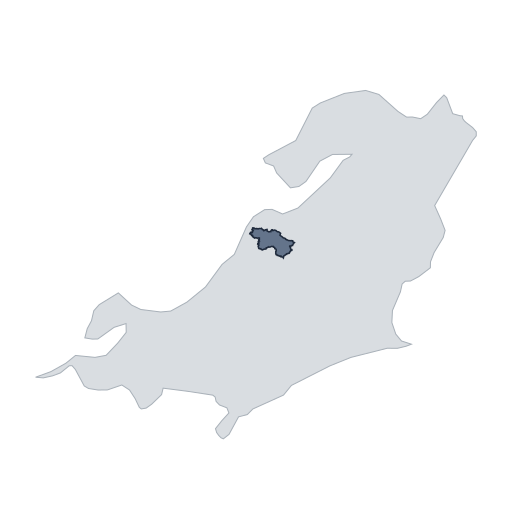 location of Puriscal, San José, Costa Rica, rotated 98°
{"feature_id": "36466004B36005628367911", "entity_name": "Puriscal", "entity_type": "district", "adm_level": 2, "iso_a3": "CRI", "parent_name": "Costa Rica", "parent_adm1": "San José", "projection": "natural_earth1", "projection_center": [-84.357, 9.734], "detail": "fine", "context": "in_parent", "style": "filled", "palette": "slate", "viewbox_px": 512, "rotation_deg": 98, "n_neighbors": 0, "source": "geoboundaries", "source_scale": "gbopen_adm2", "svg_char_len": 6979}
<svg xmlns="http://www.w3.org/2000/svg" viewBox="0 0 512 512"><g transform="rotate(98 256 256)"><path d="M441.6,262.9L440.9,265.3L439.0,267.8L436.3,270.4L432.6,272.1L423.8,266.9L415.2,261.0L410.4,263.7L408.6,271.4L405.5,275.3L401.4,276.8L399.8,279.4L399.5,305.3L399.8,329.6L406.4,330.2L417.3,338.7L421.9,343.6L423.4,348.3L422.1,350.5L414.1,355.8L406.3,362.6L402.4,370.9L409.3,384.5L410.7,393.7L410.5,403.4L408.6,408.0L393.5,419.1L390.2,422.9L390.7,425.7L399.0,433.4L403.0,440.8L406.3,449.7L406.7,457.4L399.1,443.1L388.7,429.4L379.6,420.9L378.8,401.3L375.2,390.6L361.5,380.8L349.7,373.9L341.0,375.3L346.4,386.6L360.2,401.1L361.1,406.6L360.9,414.1L351.4,413.0L343.0,409.9L332.8,409.0L326.0,404.5L311.7,387.2L321.9,372.4L325.0,362.7L324.7,342.6L322.4,332.8L311.3,318.0L293.7,301.7L269.0,288.4L257.4,277.7L228.5,269.5L217.5,264.0L208.9,253.9L207.6,246.6L210.7,235.5L202.7,221.2L168.3,193.3L149.1,183.0L144.9,177.0L141.9,175.1L144.8,194.4L153.2,206.0L175.2,216.9L181.2,223.2L183.7,231.4L170.9,247.1L164.4,251.1L162.5,259.7L158.3,262.3L153.9,257.3L136.1,232.7L101.7,220.9L95.5,213.6L82.7,191.1L76.8,170.5L78.9,156.8L93.1,135.5L97.5,126.2L96.6,120.4L97.1,112.0L91.8,106.1L78.8,98.5L70.4,92.3L72.7,89.2L87.7,81.0L88.7,73.5L88.6,71.0L91.1,70.5L93.2,68.5L94.6,66.5L98.7,59.3L102.3,55.2L106.4,54.6L111.4,57.6L130.3,65.3L151.3,73.9L181.2,86.1L193.6,78.3L204.3,72.3L211.7,73.2L227.8,80.1L237.5,82.4L243.4,81.7L253.7,91.9L259.3,99.6L260.2,104.7L263.4,107.4L271.4,108.0L291.0,113.3L303.0,112.2L313.9,106.7L319.9,100.1L321.7,89.8L324.5,94.9L327.7,103.0L329.1,113.3L343.3,148.1L354.5,167.5L379.2,202.9L389.9,209.4L407.9,237.8L414.2,242.5L417.7,250.9L436.4,257.9L441.6,262.9Z" fill="#d9dde1" stroke="#a8b0b8" stroke-width="1"/><path d="M252.9,233.0L252.9,232.8L252.7,232.5L252.7,232.2L252.8,232.1L252.6,232.0L252.6,231.8L252.7,231.6L252.9,231.6L253.0,231.4L252.9,231.2L253.0,231.2L252.9,231.0L252.9,230.9L253.3,230.8L253.3,230.7L253.3,230.4L253.4,230.2L253.3,229.8L253.4,229.3L253.5,229.0L253.9,228.9L253.9,228.7L254.0,228.6L252.1,228.5L251.9,228.4L251.8,228.1L251.7,228.0L251.6,227.7L251.4,227.4L251.0,227.3L250.9,227.3L250.7,227.0L250.6,226.9L250.5,226.7L250.3,226.7L250.2,226.5L250.1,226.3L250.1,225.9L249.6,225.9L249.6,225.7L249.4,225.5L249.3,225.2L249.2,225.2L249.1,224.7L249.0,224.3L248.9,224.0L248.8,223.8L248.8,223.6L248.6,223.4L248.4,223.4L248.2,223.3L248.0,223.5L247.8,223.4L247.5,223.1L247.2,223.1L247.1,222.9L246.7,222.7L246.4,222.7L246.2,222.4L245.9,222.4L245.8,222.0L245.6,221.8L245.6,221.6L245.5,221.3L245.3,221.2L245.0,221.4L244.8,221.4L245.0,222.0L245.0,222.3L244.5,222.5L244.0,222.5L243.9,222.6L243.9,222.8L243.7,222.9L243.2,223.1L242.7,223.0L242.4,223.6L242.2,223.7L241.9,224.0L241.4,224.0L241.3,223.9L241.2,223.1L241.2,222.6L240.9,222.3L240.9,222.1L240.7,222.0L240.8,221.9L240.4,221.6L240.4,221.2L240.1,221.2L239.7,221.1L239.4,221.0L239.0,220.9L238.6,220.5L238.1,220.5L237.9,220.4L237.7,220.3L237.6,220.0L237.4,219.8L237.3,220.0L237.2,220.4L237.0,220.6L237.0,221.0L236.8,221.4L236.7,221.8L235.8,221.8L235.8,223.2L236.1,223.7L236.0,224.0L236.0,224.8L236.2,225.3L236.2,225.5L236.1,226.4L235.8,226.8L235.7,227.0L235.8,227.6L235.6,227.8L235.5,228.2L235.4,228.4L235.4,228.8L235.2,228.9L235.3,229.0L235.2,229.1L234.8,229.1L234.6,229.3L234.6,229.7L234.3,230.3L234.3,230.9L234.3,231.5L233.9,231.9L233.5,232.7L233.3,232.8L233.1,233.1L233.0,233.6L232.5,234.4L232.2,235.1L231.6,235.1L231.3,235.0L230.5,235.0L230.1,234.8L229.9,235.2L229.5,235.7L228.9,237.0L229.0,238.1L228.9,238.2L228.8,238.6L228.3,239.4L228.0,239.6L228.0,240.1L227.9,240.5L227.7,240.8L227.7,241.1L227.8,241.5L228.4,242.5L228.6,242.8L228.5,243.0L227.7,243.3L227.7,243.8L227.9,244.1L228.2,244.1L228.2,244.3L228.7,244.4L229.0,244.6L229.5,244.7L229.3,244.9L229.4,245.2L230.1,245.7L230.1,245.8L230.2,246.0L230.1,246.4L230.3,246.7L230.1,247.0L230.0,247.6L229.9,248.1L229.7,248.1L229.5,248.6L229.0,248.6L228.5,249.0L228.3,248.9L228.3,249.0L228.2,249.0L228.3,249.3L228.5,249.6L228.5,249.8L228.7,250.3L228.8,250.5L229.2,250.5L229.3,250.6L229.6,251.3L229.9,251.8L229.6,252.0L229.4,252.2L229.2,252.1L229.1,252.3L229.1,252.5L229.1,252.8L228.9,253.0L228.9,253.3L228.7,253.3L228.6,253.5L228.3,253.9L228.0,254.2L227.8,254.4L228.1,254.7L228.1,254.8L228.3,256.5L228.6,257.3L229.0,257.7L229.0,257.9L228.8,258.2L228.7,258.7L228.6,259.0L228.9,259.3L229.0,259.4L229.1,259.6L229.1,259.8L228.9,260.0L228.9,260.3L229.1,260.7L229.1,261.0L229.2,261.4L229.2,261.5L228.4,261.9L228.4,262.0L228.7,262.3L228.7,262.6L228.6,262.8L228.6,263.1L229.0,263.1L229.1,263.3L229.4,263.2L229.7,263.1L230.0,263.1L230.2,263.5L230.4,263.7L230.6,263.6L230.8,263.2L231.0,262.4L231.3,262.2L231.4,262.3L231.6,262.6L231.9,262.7L231.9,262.8L232.2,262.9L232.4,262.8L232.6,262.8L232.5,263.0L233.0,263.0L232.9,263.3L233.4,263.4L233.3,263.8L233.7,263.8L233.8,264.0L233.5,264.3L233.4,264.4L233.6,264.5L233.6,264.8L234.0,265.0L234.2,265.4L234.2,265.5L234.3,265.1L234.7,265.3L234.9,265.3L234.9,265.2L234.8,264.9L234.8,264.6L235.0,264.7L235.1,264.2L235.3,264.1L235.4,263.9L235.5,263.7L235.9,263.5L235.9,263.4L236.2,263.3L236.2,263.1L236.1,262.6L235.9,262.5L235.9,262.4L236.0,262.2L236.4,262.1L237.0,262.3L237.2,262.2L237.3,262.1L237.5,261.4L237.8,261.2L237.8,260.6L237.9,260.4L238.3,260.3L238.5,260.1L238.4,259.9L238.3,259.5L238.0,259.2L238.1,258.9L237.9,258.4L237.9,258.1L238.2,257.6L238.2,257.2L238.1,256.8L237.8,256.5L237.8,256.2L237.9,255.9L237.9,255.7L237.7,255.4L237.7,255.2L238.2,255.2L238.5,255.0L238.8,254.9L239.1,255.0L239.4,255.6L239.6,255.7L239.8,255.4L240.1,255.4L240.1,255.1L240.4,254.9L240.4,255.1L240.6,255.3L240.8,255.2L241.1,255.1L241.3,255.4L241.3,255.7L241.4,255.8L241.5,255.8L242.0,255.7L242.0,255.3L242.1,255.2L242.3,255.0L243.1,254.9L243.4,255.3L243.6,256.0L243.9,256.0L244.0,256.0L244.0,255.7L244.1,255.4L244.5,255.4L244.7,255.1L244.7,254.8L244.7,254.7L245.1,254.7L245.2,254.9L245.4,254.9L245.5,255.0L246.0,255.2L246.5,255.1L246.8,254.8L247.1,254.5L247.4,254.5L247.6,254.6L248.2,254.3L248.2,254.0L248.4,253.5L248.3,253.1L248.2,252.8L248.3,252.6L248.3,252.4L248.2,252.3L248.7,252.0L248.8,251.8L248.9,251.5L248.7,251.2L248.8,251.0L249.1,250.8L249.1,250.3L248.8,250.0L248.6,249.7L248.3,249.3L248.0,248.9L248.0,248.3L247.8,248.1L247.8,247.7L247.8,247.2L247.5,247.0L247.0,246.9L246.8,246.5L246.5,246.4L246.3,246.6L246.2,246.1L246.0,245.8L245.6,245.5L245.7,245.2L245.5,244.9L245.2,244.7L245.3,244.6L245.4,244.3L245.2,244.0L245.3,243.4L244.9,242.9L244.6,242.5L244.4,241.8L244.2,241.6L244.3,240.7L244.5,240.6L244.6,240.4L244.6,240.2L244.4,240.1L244.8,239.8L244.7,239.5L245.1,238.7L245.9,238.5L245.9,238.4L245.8,238.2L246.2,237.9L246.3,237.9L246.3,237.5L246.4,237.2L246.7,236.9L247.5,236.9L247.7,236.7L247.8,236.7L248.0,236.8L248.5,236.8L248.7,237.0L248.9,236.9L249.0,237.0L249.3,236.9L249.6,236.9L250.5,236.9L250.8,236.7L251.4,236.5L251.7,236.4L251.7,236.2L251.7,235.7L251.8,235.7L252.0,235.8L252.2,235.1L252.4,235.0L252.3,234.8L252.5,234.4L252.4,234.1L252.5,233.9L252.4,233.6L252.6,233.2L252.9,233.0Z" fill="#64748b" stroke="#1e293b" stroke-width="1.5"/></g></svg>